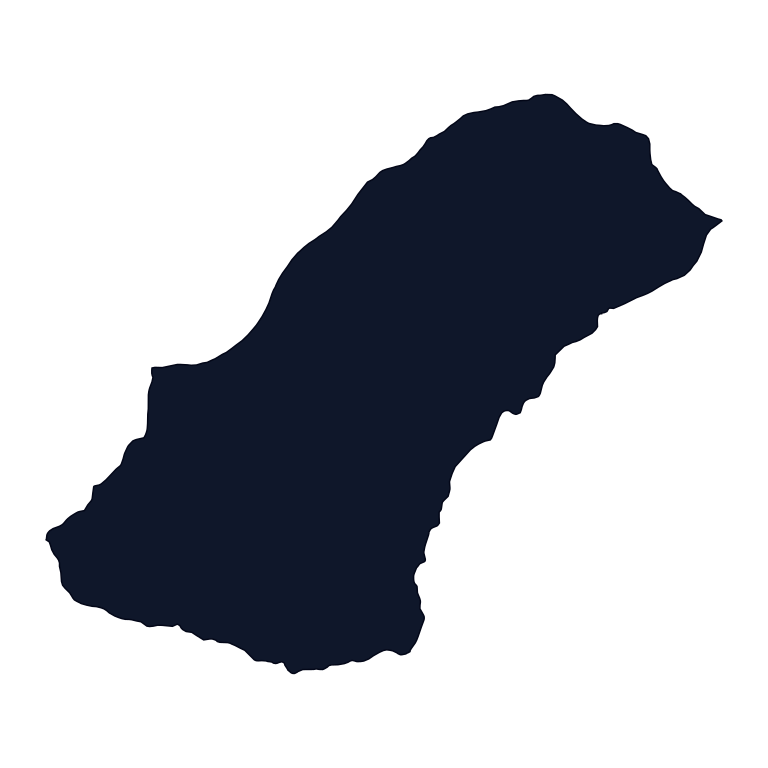 the district of Suscal, Cañar, Ecuador
{"feature_id": "8360857B89634065401442", "entity_name": "Suscal", "entity_type": "district", "adm_level": 2, "iso_a3": "ECU", "parent_name": "Ecuador", "parent_adm1": "Cañar", "projection": "robinson", "projection_center": [-79.067, -2.464], "detail": "fine", "context": "isolated", "style": "filled", "palette": "ink", "viewbox_px": 768, "rotation_deg": 0, "n_neighbors": 0, "source": "geoboundaries", "source_scale": "gbopen_adm2", "svg_char_len": 6072}
<svg xmlns="http://www.w3.org/2000/svg" viewBox="0 0 768 768"><path d="M531.3,98.4L528.6,100.2L526.3,100.5L523.3,100.5L518.5,100.9L512.2,101.9L503.5,105.7L498.8,106.8L494.9,107.1L490.7,109.0L485.9,110.7L477.9,112.1L474.0,112.5L467.7,113.9L463.3,115.9L460.1,118.8L456.1,122.0L453.7,123.8L451.1,125.4L448.6,127.5L444.4,131.5L439.3,134.1L436.9,135.7L433.6,137.4L430.5,137.8L428.8,138.7L426.9,140.7L425.1,143.8L423.0,146.9L420.4,149.6L418.1,152.7L415.5,155.7L414.5,156.5L411.7,158.2L409.1,160.6L405.2,163.5L403.3,164.6L400.4,165.6L396.2,166.5L393.0,167.5L386.7,169.1L382.6,170.6L379.9,172.4L375.6,177.0L372.5,179.6L367.5,182.1L358.0,194.3L351.7,204.0L346.6,210.3L340.7,216.6L338.0,220.2L331.9,227.3L326.2,231.9L319.2,236.4L315.0,239.6L310.9,242.2L309.0,243.4L304.0,247.4L299.7,251.4L297.7,253.1L293.5,258.0L292.0,259.7L287.4,266.6L282.6,273.1L278.7,279.5L276.2,284.8L275.3,287.1L273.6,290.0L272.1,293.6L269.0,303.0L266.0,309.5L262.1,316.6L257.9,323.0L256.3,325.3L252.7,329.6L248.0,335.0L242.1,340.7L236.0,345.2L231.9,348.4L226.3,352.5L222.5,354.3L215.1,358.8L212.0,360.1L207.2,362.4L202.6,363.1L196.5,365.0L191.2,365.3L187.7,364.9L180.6,364.5L177.2,364.5L162.3,367.6L154.9,367.4L152.0,368.0L151.8,370.1L151.8,373.3L152.3,375.8L153.0,377.1L152.0,381.9L149.7,388.0L149.2,389.8L148.8,391.7L148.4,394.8L148.3,408.9L147.8,414.3L147.6,423.6L147.3,428.2L147.0,430.3L146.3,432.7L145.4,435.1L143.9,437.8L136.5,439.5L134.8,440.1L132.8,441.0L128.7,445.3L128.2,446.0L127.5,447.2L125.6,451.3L124.7,453.3L124.2,454.8L123.1,459.0L121.9,462.5L121.2,464.4L120.6,465.3L120.1,465.9L117.5,468.0L116.0,469.3L106.1,479.8L101.3,483.9L100.0,484.6L99.2,485.0L94.9,485.9L94.0,486.3L93.7,486.8L92.9,492.6L92.2,498.5L91.8,499.8L91.0,501.1L87.8,504.9L84.4,510.6L79.8,511.5L78.0,512.0L76.1,513.0L73.1,514.8L70.6,516.4L67.9,518.6L66.4,520.1L63.7,523.3L62.8,524.2L61.9,524.9L59.4,526.3L53.1,528.6L49.7,530.8L48.6,532.0L47.6,533.3L47.3,534.0L46.9,535.0L46.4,539.1L46.1,539.8L49.3,541.9L50.5,545.3L51.8,549.8L54.2,554.3L57.2,557.9L58.6,560.1L59.5,562.9L59.5,566.4L60.9,572.6L61.5,581.4L62.6,585.2L65.2,588.4L69.7,592.8L71.9,596.3L72.8,597.9L74.4,599.9L77.0,601.4L80.1,602.9L80.5,603.2L81.4,603.6L86.6,605.1L92.3,606.3L96.4,606.6L101.2,607.8L104.1,608.9L106.7,610.6L109.3,612.9L114.8,616.0L118.6,617.5L121.9,618.6L125.3,619.3L129.1,619.4L131.6,619.7L136.4,620.9L140.6,621.7L141.3,622.0L146.9,626.1L149.6,626.5L153.4,626.1L157.6,625.2L162.2,625.3L172.5,626.3L177.3,624.1L179.8,625.5L181.3,628.1L182.8,629.6L186.1,631.5L191.8,632.3L196.6,635.5L203.7,639.9L210.1,638.9L212.1,638.9L214.6,639.7L216.1,640.3L217.3,641.5L218.5,641.9L219.9,642.3L227.8,642.6L230.5,643.3L231.2,643.8L235.0,645.4L240.4,648.2L244.8,650.3L253.7,659.2L254.3,659.8L255.5,660.4L256.6,660.7L258.4,660.8L261.8,660.6L266.0,660.9L267.9,661.5L269.9,661.7L272.0,662.1L273.4,663.1L275.7,663.5L277.2,663.2L279.2,662.4L282.0,661.7L284.4,663.1L284.9,665.1L287.3,668.8L287.9,670.1L289.9,671.7L290.7,672.5L292.2,673.3L294.1,673.5L294.9,673.3L297.1,672.2L297.8,671.6L302.8,669.5L313.7,669.4L316.2,668.9L319.3,669.4L322.7,669.5L324.4,668.8L327.3,667.1L328.8,665.6L331.3,664.9L338.0,664.7L344.3,663.6L348.1,662.2L349.9,661.1L352.1,660.4L354.2,660.8L356.5,661.5L357.4,661.6L360.6,661.5L363.8,661.0L368.8,658.9L373.4,655.7L379.4,652.3L383.4,650.5L386.6,649.8L389.8,650.2L392.7,650.8L396.7,652.7L398.1,653.7L400.3,654.7L401.9,654.7L405.9,653.9L406.6,653.3L408.3,652.6L410.0,651.6L410.1,650.5L411.2,648.6L415.3,642.8L416.7,640.0L418.1,636.4L421.3,627.1L423.8,620.3L424.1,619.2L424.2,618.1L424.1,616.6L423.7,615.5L422.7,613.6L419.9,608.7L420.0,605.0L420.4,602.1L420.3,600.6L419.6,598.2L417.9,594.1L417.4,592.6L417.1,587.4L417.0,586.4L416.3,585.3L414.8,583.7L414.3,582.7L414.0,581.9L413.7,580.3L413.6,578.6L413.6,575.9L413.8,575.0L414.1,573.8L416.5,567.8L417.7,566.5L419.1,564.5L419.6,563.9L420.2,563.5L424.3,561.7L424.8,561.3L425.1,560.8L425.3,560.1L425.3,559.1L424.9,557.5L423.9,553.4L423.8,552.3L423.9,551.4L424.7,547.1L425.4,544.5L428.5,535.0L428.9,533.1L428.9,532.1L430.3,529.6L431.2,528.5L433.0,527.5L437.0,525.9L438.0,525.0L439.4,523.0L439.1,517.0L439.1,512.2L440.5,510.6L441.1,509.6L441.4,508.4L442.1,503.4L442.3,502.6L442.6,501.9L444.1,500.2L448.1,496.3L449.4,491.5L449.9,489.2L449.9,487.5L449.5,482.1L449.6,481.2L450.6,478.1L452.2,473.3L455.2,466.6L470.4,449.8L474.8,446.3L478.6,444.0L483.2,441.8L485.3,441.0L490.3,439.9L491.6,438.1L492.7,435.3L496.5,424.9L499.1,417.3L501.7,412.8L503.3,411.6L504.3,411.0L505.7,410.6L507.2,410.5L508.7,410.6L509.5,410.9L512.5,413.1L514.2,413.9L515.7,414.3L516.7,414.2L520.2,412.7L521.3,409.7L522.1,406.4L523.4,403.2L524.6,401.4L526.1,400.2L529.2,398.6L530.8,398.3L534.4,397.9L538.1,396.6L538.7,396.1L539.6,394.7L540.3,393.2L542.3,385.2L543.7,382.0L546.9,377.0L549.6,373.6L551.7,370.3L553.7,367.0L554.0,366.0L554.8,362.8L555.1,358.3L555.2,354.9L564.1,346.2L568.7,344.2L572.4,342.4L576.0,341.5L580.2,339.8L584.1,337.4L592.0,333.2L595.6,329.6L597.5,326.6L597.3,320.6L597.5,317.9L598.2,315.3L599.8,313.8L601.7,313.7L601.7,312.9L603.2,312.8L604.3,312.6L606.7,311.6L607.2,311.1L608.3,309.0L609.1,308.2L609.8,308.1L610.7,308.1L613.6,308.4L624.7,303.6L636.4,297.7L644.2,294.8L647.7,293.3L652.0,291.1L658.5,287.0L664.7,283.4L672.8,279.6L676.9,278.6L684.4,275.2L690.1,270.0L693.2,265.5L696.8,261.2L701.3,252.1L703.5,244.1L706.4,235.1L710.7,229.1L713.2,227.5L715.9,225.5L721.9,220.9L721.1,219.8L718.1,219.0L709.4,216.0L705.1,214.6L698.9,208.7L694.6,206.3L691.7,203.8L688.2,200.3L685.2,197.6L681.3,194.6L680.6,193.8L679.2,193.3L675.8,191.7L673.1,190.8L672.4,190.5L669.3,187.7L668.7,186.9L665.6,183.3L663.5,180.6L660.9,176.5L657.7,170.5L657.0,168.8L655.6,167.4L652.5,165.1L651.5,164.1L651.6,163.6L650.7,159.8L650.0,153.7L649.8,150.2L649.8,144.0L648.5,138.7L645.8,135.7L642.5,134.5L635.8,132.5L632.2,130.1L627.3,127.6L620.2,124.4L617.8,123.7L613.9,123.7L611.7,124.7L608.9,125.5L603.7,125.8L600.2,125.4L596.0,125.1L588.8,123.4L586.4,122.1L581.9,119.0L575.9,113.7L570.3,107.9L566.8,104.0L562.4,100.1L554.9,95.9L552.0,94.7L545.5,94.5L540.6,95.3L537.3,95.4L533.8,96.4L531.3,98.4Z" fill="#0f172a" stroke="#020617" stroke-width="1.5"/></svg>